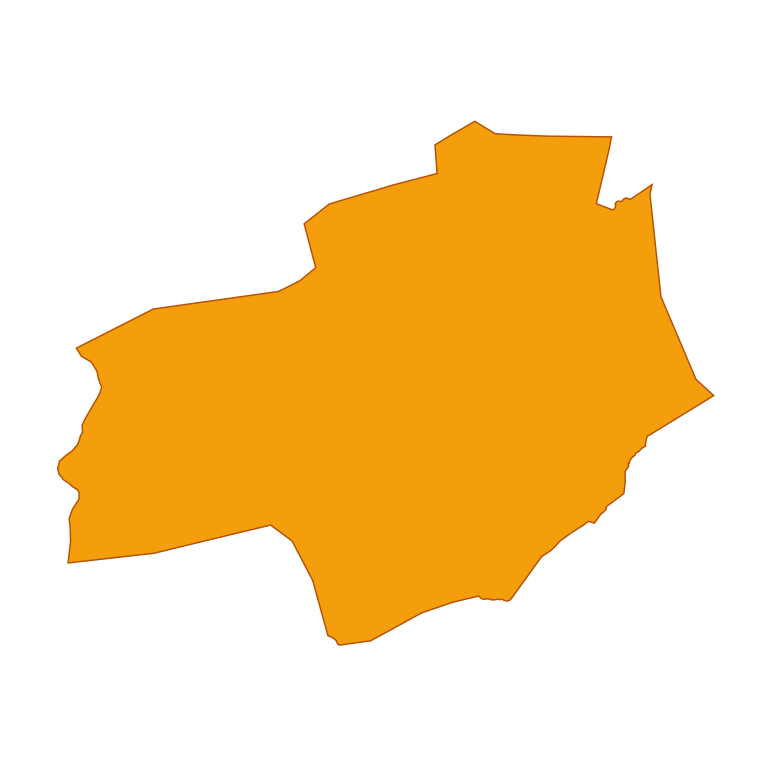 the district of Aleiro, Kebbi, Nigeria, rotated 268°
{"feature_id": "59680162B45442733436767", "entity_name": "Aleiro", "entity_type": "district", "adm_level": 2, "iso_a3": "NGA", "parent_name": "Nigeria", "parent_adm1": "Kebbi", "projection": "equal_earth", "projection_center": [4.44, 12.319], "detail": "fine", "context": "isolated", "style": "filled", "palette": "amber", "viewbox_px": 768, "rotation_deg": 268, "n_neighbors": 0, "source": "geoboundaries", "source_scale": "gbopen_adm2", "svg_char_len": 1965}
<svg xmlns="http://www.w3.org/2000/svg" viewBox="0 0 768 768"><g transform="rotate(268 384 384)"><path d="M134.5,319.2L132.9,322.6L132.0,324.2L130.6,325.8L129.3,327.3L127.5,327.9L125.8,328.8L124.6,330.1L127.8,361.7L154.0,413.7L163.5,445.1L168.4,469.3L168.8,471.2L167.7,472.1L166.4,473.4L165.7,474.9L165.3,477.3L165.8,479.5L165.5,481.0L164.5,484.5L164.5,487.3L165.0,489.6L164.5,491.6L164.7,494.9L163.5,496.5L162.7,500.1L163.7,502.3L164.7,503.4L206.2,535.7L211.4,544.4L215.1,548.8L220.9,554.3L228.9,566.2L236.7,579.6L238.0,580.9L239.5,583.8L239.2,584.6L237.6,589.4L240.3,591.4L245.5,595.5L246.7,596.6L247.3,597.3L248.0,598.4L248.6,599.3L249.1,599.6L249.6,600.3L250.3,600.9L251.1,601.4L251.7,601.7L252.2,601.9L252.8,601.8L254.0,602.2L263.8,616.6L266.3,619.9L277.7,621.6L288.3,622.0L293.4,625.7L295.8,625.3L296.2,626.5L298.2,626.5L300.7,628.4L302.7,630.3L304.2,632.6L306.4,633.4L307.3,635.8L311.5,640.4L312.8,643.2L314.4,643.2L318.2,643.9L320.6,644.5L322.4,645.2L360.9,713.1L377.7,696.0L461.6,663.8L564.6,656.4L564.8,656.5L573.9,658.9L560.2,637.2L560.5,635.7L560.5,634.2L561.2,633.2L561.5,632.3L560.1,629.3L559.0,629.0L558.0,626.9L558.4,625.8L558.6,624.1L557.5,622.3L555.9,621.3L554.5,621.8L552.7,621.3L551.1,620.6L550.4,619.8L550.3,617.8L556.8,602.5L608.6,616.6L621.6,619.7L623.0,620.1L626.0,555.8L628.3,525.1L630.1,505.4L630.3,503.7L641.4,486.9L643.4,483.9L629.9,458.7L622.6,445.8L621.2,443.3L592.5,444.4L582.8,400.9L565.8,335.6L546.9,309.8L502.6,319.8L490.0,303.3L480.2,281.9L467.0,156.0L430.6,77.8L422.2,82.6L416.1,92.3L406.5,97.7L398.6,98.9L390.6,101.8L382.5,98.6L372.8,92.3L360.5,84.6L353.3,80.8L346.3,81.1L342.8,78.8L338.8,77.6L334.2,75.7L327.9,69.9L323.9,63.8L318.2,57.0L310.7,54.9L305.2,56.1L299.3,60.6L296.4,64.8L291.9,69.7L288.9,74.1L285.8,75.5L279.5,75.1L269.8,68.3L260.3,64.6L251.6,65.4L238.0,65.3L226.3,63.6L216.2,62.0L222.9,148.4L233.3,198.5L247.0,265.7L230.3,286.7L190.1,305.9L134.5,319.2Z" fill="#f59e0b" stroke="#b45309" stroke-width="1.5"/></g></svg>